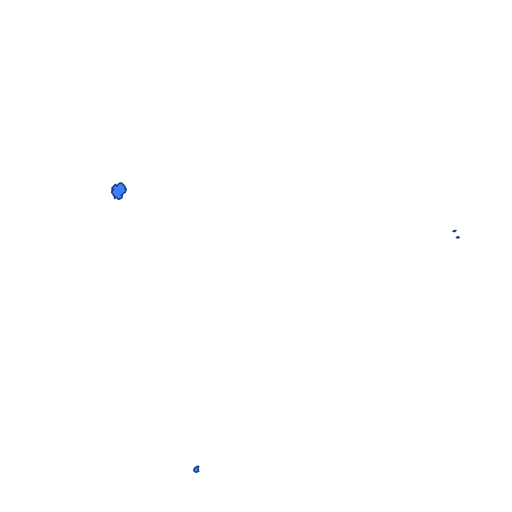 outline of Pohnpei, rotated 234°
{"feature_id": "FSM-4941", "entity_name": "Pohnpei", "entity_type": "state/province", "adm_level": 1, "iso_a3": "FSM", "parent_name": "Federated States of Micronesia", "parent_adm1": "", "projection": "natural_earth1", "projection_center": [156.635, 4.552], "detail": "fine", "context": "isolated", "style": "filled", "palette": "blue", "viewbox_px": 512, "rotation_deg": 234, "n_neighbors": 0, "source": "natural_earth", "source_scale": "10m", "svg_char_len": 1047}
<svg xmlns="http://www.w3.org/2000/svg" viewBox="0 0 512 512"><g transform="rotate(234 256 256)"><path d="M393.3,178.9L393.6,179.7L394.2,180.0L394.9,179.9L395.6,179.4L396.5,183.6L396.5,184.4L396.0,184.6L394.5,184.4L394.2,184.6L394.3,185.5L395.0,187.0L395.1,187.9L394.8,189.2L394.2,189.9L393.4,190.3L390.1,190.8L388.8,190.7L388.1,189.8L386.6,190.4L385.7,189.7L385.0,188.5L384.3,187.6L384.6,186.6L384.7,185.6L384.5,184.6L383.8,183.8L384.0,183.5L384.3,182.7L382.4,182.6L381.9,181.3L382.4,178.6L383.0,177.9L384.4,177.8L385.5,177.5L385.7,175.6L387.1,176.3L387.6,176.7L388.3,176.3L388.8,176.3L389.3,176.6L389.9,176.7L391.6,176.6L392.3,176.7L392.3,176.9L393.5,177.8L394.1,178.5L393.9,178.7L393.3,178.9ZM119.7,80.4L120.3,81.1L120.6,83.4L120.2,84.9L120.0,85.5L119.4,85.9L118.3,84.4L116.6,83.5L115.5,83.0L115.9,81.9L116.2,80.6L116.9,80.0L117.4,79.8L119.1,79.6L119.7,80.4ZM152.9,429.2L153.1,430.4L151.8,431.2L151.7,430.0L152.9,429.2ZM159.1,432.4L158.9,431.1L159.9,430.2L160.1,431.5L159.1,432.4Z" fill="#3b82f6" stroke="#1e3a8a" stroke-width="1.5"/></g></svg>